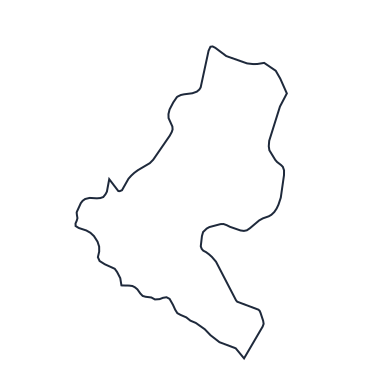 an SVG outline of Chimbu, rotated 16°
{"feature_id": "PNG-1242", "entity_name": "Chimbu", "entity_type": "Province", "adm_level": 1, "iso_a3": "PNG", "parent_name": "Papua New Guinea", "parent_adm1": "", "projection": "robinson", "projection_center": [144.883, -6.328], "detail": "fine", "context": "isolated", "style": "outline", "palette": "slate", "viewbox_px": 384, "rotation_deg": 16, "n_neighbors": 0, "source": "natural_earth", "source_scale": "10m", "svg_char_len": 1815}
<svg xmlns="http://www.w3.org/2000/svg" viewBox="0 0 384 384"><g transform="rotate(16 192 192)"><path d="M225.8,48.0L239.1,52.4L245.6,58.7L256.0,71.1L253.0,85.6L252.1,121.5L253.2,126.9L254.9,130.6L263.2,138.2L265.5,139.7L270.3,141.6L272.4,142.8L274.5,145.8L275.8,150.5L278.9,173.0L278.6,180.4L277.9,184.6L276.6,188.6L274.6,192.0L272.5,194.2L267.4,197.8L264.4,200.8L257.7,210.8L255.3,213.7L252.6,215.1L249.2,215.6L238.1,215.0L234.4,214.3L231.1,214.1L228.3,215.0L218.4,220.9L216.2,223.1L213.7,227.4L213.7,231.6L215.4,241.8L217.0,244.0L219.0,245.3L222.0,245.9L225.5,247.2L229.0,248.9L234.3,252.4L264.2,284.0L265.7,285.0L288.3,286.8L289.8,287.6L291.2,289.3L295.9,296.2L297.2,299.0L297.0,301.9L287.9,337.6L277.1,330.2L259.8,328.8L249.3,324.6L242.1,320.4L231.7,316.8L225.9,316.1L221.1,314.1L214.9,313.3L211.3,312.5L208.3,309.8L204.8,305.7L199.9,300.9L196.5,300.2L193.3,301.7L190.4,303.9L186.0,305.5L182.0,304.6L176.2,305.5L173.2,305.5L170.3,303.8L166.3,300.6L163.3,299.3L160.6,298.8L157.3,299.3L150.6,301.1L149.9,301.2L146.8,294.6L142.1,289.6L138.9,287.1L128.1,285.5L122.2,283.8L119.5,280.6L119.2,274.8L117.8,270.1L114.9,265.8L109.9,261.4L105.6,259.2L101.0,258.1L93.1,257.8L89.5,256.8L88.7,254.3L89.1,251.4L89.1,248.7L87.7,245.8L86.8,243.6L86.8,242.6L88.2,233.3L89.3,230.6L91.2,228.2L95.2,225.9L102.3,224.3L105.5,223.1L108.1,221.3L109.5,217.9L110.1,215.1L108.9,202.5L120.9,211.4L122.3,211.1L124.2,209.6L127.3,196.7L129.1,193.0L131.3,189.4L134.1,185.8L143.5,175.9L145.8,171.7L155.1,144.0L156.0,139.9L156.1,137.2L155.1,134.5L149.1,127.4L147.9,123.6L147.7,118.8L149.3,111.0L151.3,105.0L151.8,104.3L154.6,101.8L157.4,100.3L165.1,97.0L169.0,94.2L170.8,91.5L171.5,89.1L169.0,51.6L169.7,47.3L171.7,46.4L174.7,47.0L187.5,51.9L209.5,53.2L215.4,52.2L219.4,51.0L225.8,48.0Z" fill="none" stroke="#1e293b" stroke-width="2"/></g></svg>